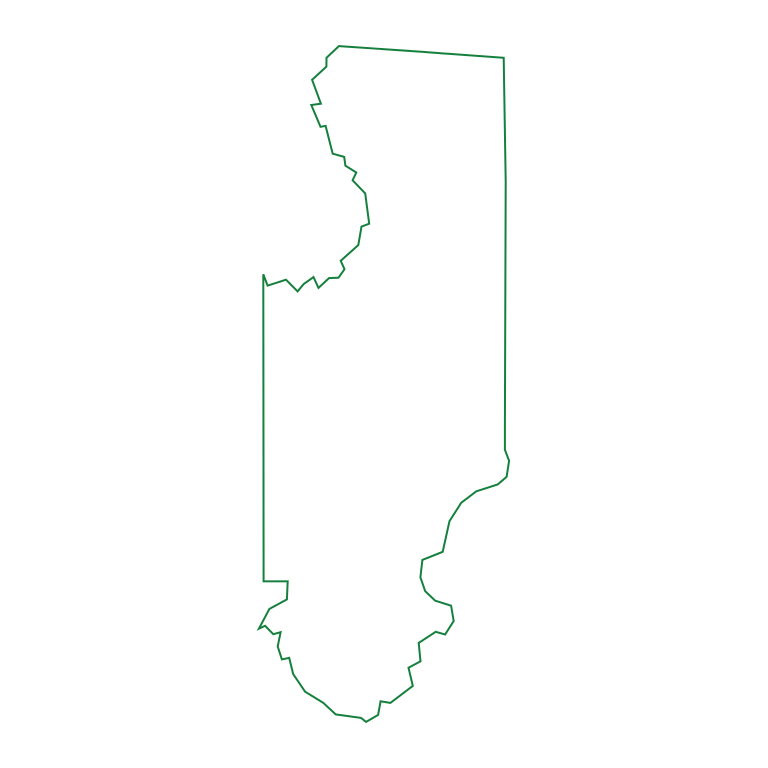 outline of Columbia, Florida, United States of America
{"feature_id": "52423323B5286931917033", "entity_name": "Columbia", "entity_type": "district", "adm_level": 2, "iso_a3": "USA", "parent_name": "United States of America", "parent_adm1": "Florida", "projection": "natural_earth1", "projection_center": [-82.645, 30.212], "detail": "fine", "context": "isolated", "style": "outline", "palette": "green", "viewbox_px": 768, "rotation_deg": 0, "n_neighbors": 0, "source": "geoboundaries", "source_scale": "gbopen_adm2", "svg_char_len": 1062}
<svg xmlns="http://www.w3.org/2000/svg" viewBox="0 0 768 768"><path d="M414.5,51.3L338.9,46.1L326.5,57.8L326.4,66.6L312.1,79.8L320.9,103.7L311.3,105.0L320.5,126.8L325.6,125.9L332.7,153.7L344.2,156.9L345.4,165.7L356.3,172.5L352.6,180.3L365.2,193.4L369.2,223.7L361.5,226.6L358.3,245.1L340.7,260.8L344.5,269.2L338.5,277.7L329.0,278.1L318.5,287.9L313.5,277.1L303.6,284.1L297.6,291.4L286.0,279.7L267.6,285.6L263.3,274.3L263.6,581.3L287.7,581.3L286.9,599.4L269.4,608.9L258.9,628.7L265.1,625.8L273.3,634.2L280.6,632.2L277.7,646.5L281.9,659.4L289.2,657.9L293.2,674.1L305.1,691.7L323.2,702.8L335.7,714.4L361.0,717.9L366.1,721.9L378.1,714.9L380.6,701.3L390.4,702.9L412.8,685.9L408.5,667.7L420.5,661.3L418.7,642.9L435.7,631.8L445.1,634.5L453.7,621.0L451.1,605.7L435.2,600.7L425.2,591.2L420.4,577.3L422.4,559.9L442.7,551.8L449.5,521.1L461.3,502.7L476.3,491.3L497.8,484.4L506.6,476.8L509.1,460.8L504.9,449.8L504.9,425.2L505.7,181.7L503.7,57.8L456.9,54.4L448.8,53.8L442.4,53.4L436.6,52.9L427.8,52.3L425.1,52.0L414.5,51.3Z" fill="none" stroke="#15803d" stroke-width="2"/></svg>